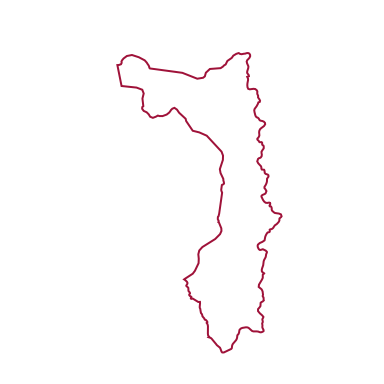 an SVG outline of West Azarbaijan, rotated 194°
{"feature_id": "IRN-3237", "entity_name": "West Azarbaijan", "entity_type": "Province", "adm_level": 1, "iso_a3": "IRN", "parent_name": "Iran", "parent_adm1": "", "projection": "orthographic", "projection_center": [44.982, 37.874], "detail": "fine", "context": "isolated", "style": "outline", "palette": "rose", "viewbox_px": 384, "rotation_deg": 194, "n_neighbors": 0, "source": "natural_earth", "source_scale": "10m", "svg_char_len": 5549}
<svg xmlns="http://www.w3.org/2000/svg" viewBox="0 0 384 384"><g transform="rotate(194 192 192)"><path d="M123.8,43.6L124.7,44.2L126.4,46.7L127.2,47.7L130.8,49.4L131.9,50.3L136.8,53.9L137.0,54.1L137.8,54.6L138.1,54.8L139.4,55.0L140.8,55.1L140.6,55.4L140.3,55.7L141.6,56.6L142.3,58.3L144.1,65.8L144.9,67.4L146.1,68.5L145.6,69.4L145.9,70.0L147.4,71.1L147.7,71.2L148.4,71.2L148.8,71.3L149.1,71.6L149.2,71.9L149.4,72.2L151.5,73.7L151.9,74.1L152.1,74.7L152.6,75.5L153.2,76.2L153.8,76.5L154.3,77.3L155.4,79.8L155.7,80.6L156.3,81.3L156.7,82.2L157.3,86.1L157.7,87.3L159.3,86.8L165.6,88.8L165.8,88.7L166.2,88.4L166.7,88.2L167.3,88.3L167.5,88.7L167.3,89.5L167.3,90.1L167.9,90.4L168.8,90.6L169.6,91.1L169.9,91.9L169.4,93.1L169.8,93.9L170.3,94.3L170.9,94.6L171.5,95.2L171.7,95.8L172.2,97.5L172.5,98.2L173.1,98.6L174.6,99.3L174.9,99.8L174.7,100.6L174.5,101.2L174.3,101.9L174.4,102.7L175.1,103.6L176.4,104.4L177.8,105.1L178.5,105.3L178.2,105.7L171.5,112.9L170.1,116.2L168.4,124.5L169.3,128.9L170.8,133.1L170.8,137.0L168.6,141.1L158.1,152.0L154.6,157.9L154.0,161.3L154.8,163.9L158.7,169.2L159.1,169.2L159.1,170.3L159.5,170.9L160.0,171.3L160.4,171.9L160.7,173.3L160.8,174.2L160.6,174.5L160.4,175.0L160.4,177.6L162.6,198.6L163.8,200.3L164.1,201.0L164.2,201.3L164.7,206.0L164.4,206.4L163.9,206.7L163.3,207.2L163.0,208.1L163.5,209.3L164.4,210.9L164.8,212.3L168.9,217.3L170.5,220.9L169.8,230.6L170.7,234.8L173.1,238.3L191.3,250.2L199.4,251.6L206.1,251.6L214.8,259.4L215.9,261.5L223.7,265.8L226.5,268.3L229.4,269.4L231.2,268.1L232.2,266.5L232.4,265.8L233.3,263.6L235.3,261.0L239.0,258.5L242.1,257.8L243.6,257.9L245.3,256.3L247.9,254.5L250.8,254.9L252.8,256.9L255.3,258.4L258.5,259.0L260.5,260.7L260.8,262.3L260.0,263.5L262.7,270.7L262.7,275.9L265.0,279.2L271.1,279.9L286.0,277.8L295.1,297.1L293.6,297.6L291.8,298.8L291.5,300.3L292.0,301.6L291.7,302.9L290.7,305.0L288.1,308.2L283.4,310.4L276.2,309.9L269.7,308.3L267.2,306.6L266.1,305.5L264.8,304.4L263.9,303.3L263.5,302.3L262.7,301.7L230.2,305.3L214.3,303.2L208.9,305.5L207.5,307.3L207.4,311.1L204.4,315.7L194.2,319.1L192.3,321.2L191.6,322.5L190.2,323.9L189.4,327.7L185.9,331.7L184.9,334.3L182.4,336.8L180.3,338.1L180.2,338.1L178.8,337.6L177.2,337.7L175.1,338.7L174.0,339.1L173.9,339.1L172.7,339.9L171.3,340.4L169.9,340.2L168.8,339.1L168.4,337.8L168.7,336.2L169.5,334.6L170.3,333.3L170.5,331.8L169.7,330.2L167.7,327.6L167.4,326.0L167.6,322.4L167.3,320.9L166.3,320.0L165.2,319.1L164.8,318.1L166.3,317.1L165.1,315.6L164.7,314.3L164.5,310.9L164.2,309.1L163.5,307.1L162.4,305.7L160.8,305.6L157.3,307.0L155.5,307.2L153.8,306.4L153.0,305.5L152.8,304.8L152.7,304.1L152.4,303.0L151.9,302.3L151.4,301.8L151.0,301.1L150.9,300.0L150.1,299.1L149.1,298.3L148.9,298.1L148.0,296.9L148.1,295.7L148.4,295.5L149.1,295.2L149.3,295.0L149.4,293.4L150.1,290.7L151.3,287.9L151.4,286.4L150.7,284.7L149.2,281.9L148.3,280.7L147.2,280.1L146.4,280.1L145.7,279.8L145.0,279.4L144.4,278.7L143.6,278.0L142.7,277.8L140.8,277.9L139.2,277.6L137.9,276.7L137.4,275.4L138.1,273.4L140.3,270.7L141.2,269.3L141.5,267.4L141.2,265.7L140.7,264.4L140.3,263.0L140.7,260.9L141.3,260.0L141.5,259.2L141.0,258.5L139.7,257.8L139.0,257.0L138.5,256.7L137.9,256.8L136.7,257.2L136.1,257.0L135.8,256.6L135.5,255.4L135.3,254.9L134.8,254.6L134.4,254.5L133.9,254.3L133.5,253.7L133.1,252.3L133.0,251.6L133.9,249.3L134.3,247.8L133.9,246.5L133.3,245.2L133.1,243.6L133.6,242.2L134.3,241.5L135.2,241.0L135.9,240.1L136.1,237.5L134.7,235.9L131.2,233.6L130.6,232.5L130.3,231.4L129.7,230.7L127.4,231.0L126.9,230.4L126.0,228.1L125.0,227.4L122.7,227.2L121.9,226.7L121.5,225.4L122.4,223.1L122.1,221.8L122.1,221.7L121.8,220.1L121.9,218.2L122.3,216.3L122.9,214.7L122.7,213.4L121.3,212.3L120.0,210.9L120.3,208.5L120.8,207.8L123.0,206.1L123.6,205.1L123.5,204.3L121.2,201.5L119.7,200.2L118.0,199.4L116.3,199.6L115.5,200.0L114.5,200.4L113.6,200.3L113.2,199.4L113.2,198.9L113.5,197.7L113.4,197.3L113.0,196.9L112.6,197.0L112.1,197.1L111.7,197.0L111.0,196.1L110.6,195.1L110.4,194.2L110.0,193.5L109.4,193.0L107.2,191.9L106.4,191.7L102.4,192.1L100.3,191.8L99.2,190.1L99.4,189.5L99.5,189.2L100.1,188.4L100.7,187.5L100.6,186.6L100.3,185.5L100.5,184.5L100.8,183.5L101.4,182.5L102.0,181.4L103.5,179.7L104.0,178.5L104.5,176.9L105.1,175.9L105.9,175.2L107.1,174.7L107.5,174.2L107.0,172.7L107.1,172.0L107.6,171.6L108.7,171.1L109.1,170.5L109.5,169.4L109.9,167.8L110.1,166.3L109.9,162.6L111.7,160.6L113.9,158.9L115.3,156.9L115.3,155.6L114.8,154.4L114.0,153.4L113.2,152.6L112.2,152.2L111.4,152.4L109.4,153.6L106.4,153.0L105.5,152.5L104.9,152.1L104.7,151.5L104.9,150.2L105.0,149.5L104.8,147.5L104.8,146.5L105.6,143.4L105.7,142.1L105.2,138.1L105.5,135.0L105.5,133.4L105.1,132.1L104.6,131.6L104.2,131.2L103.1,130.9L102.3,130.5L102.5,130.0L103.0,129.5L103.3,128.9L103.0,127.5L102.7,126.5L102.6,125.6L102.9,124.0L104.6,118.3L104.3,116.0L101.1,114.5L100.1,113.5L99.3,112.3L98.7,110.6L98.4,110.0L98.2,109.4L98.3,108.7L98.2,108.0L97.8,107.5L97.2,107.1L96.9,106.5L96.6,105.3L96.4,104.8L96.1,104.2L97.0,102.8L98.0,102.0L98.6,101.0L98.0,97.9L98.4,96.7L99.6,94.3L99.1,92.4L96.8,90.7L94.1,89.3L92.5,88.1L92.5,87.4L92.9,86.0L92.9,85.3L92.1,83.7L91.9,83.0L91.9,82.3L92.1,81.8L92.1,81.3L91.4,79.7L91.1,78.0L90.8,77.3L89.2,75.4L88.9,74.4L89.6,73.5L90.8,72.7L91.7,72.4L92.6,72.4L94.0,72.6L95.4,72.4L98.7,71.6L100.1,71.7L104.3,73.9L105.8,74.0L107.1,73.7L110.3,72.3L111.5,71.4L112.5,69.9L112.5,68.5L112.3,67.0L112.6,65.2L113.2,64.3L113.3,63.4L113.1,62.4L113.0,61.3L113.1,60.0L113.4,58.9L115.4,54.9L115.8,53.9L115.8,53.6L115.9,52.7L115.6,50.1L115.9,49.3L122.3,44.0L123.8,43.6Z" fill="none" stroke="#9f1239" stroke-width="2"/></g></svg>